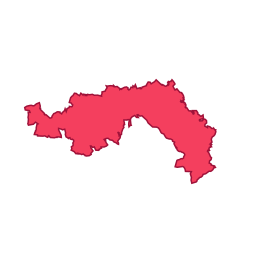 the district of Corozal, Sucre, Colombia, rotated 130°
{"feature_id": "7082276B16477741975828", "entity_name": "Corozal", "entity_type": "district", "adm_level": 2, "iso_a3": "COL", "parent_name": "Colombia", "parent_adm1": "Sucre", "projection": "robinson", "projection_center": [-75.264, 9.206], "detail": "fine", "context": "isolated", "style": "filled", "palette": "rose", "viewbox_px": 256, "rotation_deg": 130, "n_neighbors": 0, "source": "geoboundaries", "source_scale": "gbopen_adm2", "svg_char_len": 5846}
<svg xmlns="http://www.w3.org/2000/svg" viewBox="0 0 256 256"><g transform="rotate(130 128 128)"><path d="M129.3,43.6L125.5,41.1L124.7,41.0L123.1,41.7L121.3,41.3L120.0,41.4L118.8,40.5L117.3,40.2L116.6,40.2L115.3,40.7L113.1,39.1L109.0,38.1L108.1,36.9L107.3,36.5L105.3,36.2L103.6,36.6L102.0,35.7L101.7,36.8L102.0,36.7L102.3,37.4L102.0,37.6L101.8,37.0L101.5,37.2L102.9,40.5L102.2,41.0L102.4,42.5L102.7,43.2L100.7,44.4L98.9,44.0L97.1,44.9L97.1,46.1L95.0,50.4L94.7,52.2L93.8,52.5L93.1,51.1L92.9,51.1L93.2,52.0L92.1,52.2L92.1,52.6L90.4,53.2L90.0,52.6L89.3,52.5L88.7,52.0L88.4,53.4L86.9,53.2L86.8,53.9L87.4,54.8L84.8,54.6L83.4,56.6L82.6,57.2L80.6,57.7L79.1,57.2L77.2,57.2L74.4,58.3L73.9,59.2L73.0,59.6L73.6,60.5L73.1,62.2L73.4,62.1L73.6,62.6L74.5,63.5L74.4,66.1L75.4,68.4L76.6,67.4L77.2,70.4L75.6,71.4L73.6,71.0L71.9,72.6L71.7,74.3L72.4,75.8L74.7,75.7L76.5,77.6L76.4,78.0L75.6,78.6L72.8,76.7L72.0,76.5L69.8,78.9L72.0,79.5L72.3,79.9L72.2,81.6L72.5,83.3L71.4,84.4L70.7,86.8L73.2,89.7L73.6,88.5L73.4,88.3L74.0,87.7L73.8,87.5L74.2,86.9L75.0,86.7L75.4,87.0L74.7,88.7L74.8,89.7L74.5,90.6L74.7,91.2L75.4,91.9L75.7,92.6L74.7,95.9L75.4,96.8L75.2,97.6L74.1,97.6L73.1,98.6L73.4,98.8L73.2,99.3L72.8,99.1L72.1,100.8L72.2,101.4L72.8,101.6L72.9,101.9L72.6,102.0L73.1,103.1L73.5,103.3L73.5,103.6L73.9,103.6L74.0,103.9L73.5,104.0L73.6,104.6L73.3,104.5L73.1,104.8L73.0,104.3L72.3,103.9L72.4,103.3L71.8,102.8L71.5,103.2L71.0,103.1L70.7,103.8L69.9,103.5L69.5,105.3L69.1,105.3L68.7,104.8L67.6,106.3L66.9,108.0L66.9,108.8L66.7,108.8L66.5,109.4L66.7,110.3L67.4,111.2L66.8,114.5L67.1,115.2L66.6,115.7L67.2,116.1L68.7,116.4L68.7,116.6L67.2,120.2L66.4,120.5L64.4,120.2L63.9,120.6L63.1,123.3L62.8,125.3L64.7,125.0L64.8,125.5L66.2,126.0L66.4,127.0L67.5,126.9L67.4,125.6L68.7,125.8L68.7,124.6L69.4,124.7L69.2,125.1L71.7,125.8L72.3,127.3L72.3,128.5L73.3,129.4L73.2,129.7L72.6,129.3L72.8,130.0L73.1,130.0L73.4,131.0L73.0,137.4L75.4,137.4L79.3,138.7L78.7,140.5L79.8,142.1L83.1,141.6L83.7,141.1L87.7,143.5L89.1,143.0L89.9,143.8L89.3,144.5L92.1,146.5L90.1,150.2L91.0,150.0L91.9,149.1L92.2,149.3L92.5,151.3L94.0,150.3L94.7,151.9L97.0,151.4L98.3,151.8L98.3,153.1L97.3,153.6L97.5,155.5L99.0,156.8L100.5,157.5L102.1,157.9L103.2,157.7L101.8,157.9L101.8,158.1L102.7,158.4L102.7,158.8L103.8,159.0L103.1,159.9L103.2,163.0L104.8,164.5L104.7,166.2L105.2,165.7L105.0,164.8L105.4,165.4L105.6,166.9L106.9,168.7L109.4,171.0L109.7,171.7L110.6,169.9L113.2,169.6L114.4,169.2L117.1,171.1L118.5,169.9L119.7,169.7L120.6,168.7L122.3,172.3L124.6,174.9L125.1,176.9L127.3,178.9L128.2,180.5L128.5,180.3L129.0,181.0L129.7,180.5L130.6,181.7L129.7,182.0L130.8,183.9L131.7,183.6L131.6,186.5L134.4,185.9L134.8,188.2L134.8,189.8L135.8,191.4L138.8,191.0L139.8,191.4L141.7,191.4L146.2,189.4L145.4,187.5L146.0,185.6L145.9,185.2L147.3,184.6L147.9,184.7L149.1,186.8L150.0,186.2L152.5,187.2L153.1,186.7L155.1,185.9L153.7,188.5L155.4,187.8L158.5,188.2L159.8,187.9L160.1,189.9L159.5,190.4L160.7,192.2L161.3,192.7L163.3,193.3L164.7,194.1L167.7,193.8L169.1,193.1L170.6,194.1L170.5,199.2L171.4,200.2L171.3,200.9L170.6,201.2L170.1,207.1L169.2,207.6L169.5,208.2L167.6,209.3L165.6,212.2L168.4,213.7L171.2,214.2L172.0,214.9L172.7,216.5L173.6,217.5L176.3,219.5L178.7,220.3L180.2,218.3L178.1,214.7L179.0,213.1L180.1,214.6L181.9,212.7L184.1,211.4L185.2,210.0L188.0,208.0L189.1,207.5L189.8,206.1L185.9,202.9L183.0,202.6L182.7,199.6L183.9,200.0L186.6,198.6L188.3,197.2L189.6,197.1L190.2,196.5L191.0,196.6L193.2,195.6L191.4,192.9L192.2,192.2L188.9,187.9L187.5,186.7L186.9,183.7L186.7,183.5L185.6,183.9L184.8,183.8L185.2,181.4L182.7,178.0L181.7,177.4L180.8,176.3L180.4,176.6L179.2,175.2L178.1,173.0L176.5,174.6L174.0,180.0L172.9,180.9L171.6,177.9L171.6,177.1L169.6,175.7L171.8,172.7L173.3,171.8L174.6,169.7L174.3,168.1L174.3,166.9L173.4,166.9L172.7,166.3L173.5,165.2L173.2,164.2L172.6,163.2L172.3,163.2L172.3,161.7L173.3,160.9L174.9,160.6L175.4,160.1L175.4,159.8L176.9,158.8L178.8,159.3L180.0,157.7L181.5,157.3L180.7,154.0L181.2,151.4L180.8,150.9L179.9,150.7L179.7,149.9L180.0,149.5L179.8,149.4L179.7,149.7L179.2,149.5L179.2,148.6L178.6,148.3L178.1,146.4L176.7,145.6L176.8,144.9L176.4,143.9L176.8,143.2L176.2,141.9L174.1,139.9L171.9,139.2L171.4,140.1L168.0,140.1L167.2,143.4L165.9,145.2L165.4,144.5L165.6,142.6L164.2,141.6L165.7,138.4L164.1,136.3L163.9,136.1L163.2,136.4L163.1,136.1L161.5,136.0L160.5,135.4L159.9,136.4L157.9,134.1L155.7,132.9L154.0,132.7L153.2,135.7L151.1,138.0L151.8,138.0L151.7,138.3L152.0,138.4L152.3,138.2L152.1,139.0L149.9,137.9L148.8,136.7L148.6,136.2L148.8,134.4L147.4,131.9L147.7,129.7L147.0,127.7L147.0,125.9L146.6,124.8L145.6,125.6L145.1,126.9L144.5,127.5L140.7,127.7L139.1,128.6L138.9,128.8L139.3,128.6L138.9,129.0L139.5,129.6L138.7,129.7L139.0,130.1L138.7,130.2L138.5,130.8L138.8,130.9L138.3,131.9L138.0,131.9L137.9,132.7L137.7,132.7L137.8,132.1L137.5,131.8L138.3,131.3L138.1,130.1L138.2,129.7L138.1,129.1L137.0,128.9L135.5,130.1L132.0,131.4L130.2,131.5L129.4,132.9L128.3,132.9L128.0,133.3L127.4,133.1L127.4,133.6L126.5,133.9L125.5,135.4L124.4,136.3L122.5,133.8L122.1,133.9L120.6,132.3L123.5,130.7L125.1,129.5L126.4,128.0L124.8,128.0L123.8,127.3L123.4,128.1L120.3,131.3L118.8,132.1L116.6,132.0L114.1,130.9L114.4,128.3L113.3,126.8L112.3,129.2L112.2,129.5L111.7,129.3L111.3,128.8L111.3,126.6L109.7,125.2L110.0,118.6L111.2,115.8L111.4,109.8L108.9,106.6L108.4,104.8L108.9,102.8L110.2,99.8L110.3,98.9L109.6,96.7L110.7,93.7L111.0,92.1L109.9,89.3L109.1,88.5L108.6,86.2L109.5,85.3L108.9,83.2L110.5,82.7L112.3,78.5L111.7,78.5L111.8,77.9L112.1,77.9L113.1,76.4L113.3,74.6L112.9,73.4L112.1,72.5L111.9,70.9L111.4,70.1L111.4,68.6L111.7,67.7L112.3,67.2L114.4,66.8L115.2,66.2L116.5,66.5L117.3,67.6L119.1,68.3L120.9,69.6L121.6,69.6L127.4,67.0L126.4,65.0L122.4,61.4L122.1,60.7L122.2,59.5L123.0,57.6L124.3,56.1L120.7,51.4L123.0,50.8L125.1,47.6L127.4,46.2L129.3,43.6Z" fill="#f43f5e" stroke="#9f1239" stroke-width="1.5"/></g></svg>